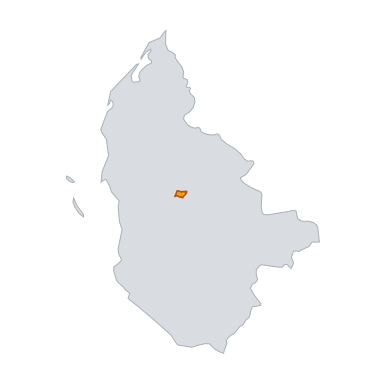 location of Guarizama, Olancho, Honduras, rotated 267°
{"feature_id": "27666195B32639013731604", "entity_name": "Guarizama", "entity_type": "district", "adm_level": 2, "iso_a3": "HND", "parent_name": "Honduras", "parent_adm1": "Olancho", "projection": "equal_earth", "projection_center": [-86.275, 14.906], "detail": "fine", "context": "in_parent", "style": "filled", "palette": "amber", "viewbox_px": 384, "rotation_deg": 267, "n_neighbors": 0, "source": "geoboundaries", "source_scale": "gbopen_adm2", "svg_char_len": 4017}
<svg xmlns="http://www.w3.org/2000/svg" viewBox="0 0 384 384"><g transform="rotate(267 192 192)"><path d="M354.7,174.4L341.2,173.3L334.8,175.5L332.0,180.4L329.7,182.6L327.7,182.1L323.6,184.0L317.5,188.4L312.0,190.0L307.1,188.9L305.7,190.0L305.3,191.4L304.6,192.8L302.7,193.6L300.5,193.2L298.0,191.6L296.7,192.3L296.6,195.1L295.3,195.9L292.8,194.6L290.0,195.6L286.8,199.0L282.4,199.7L276.7,197.8L272.3,194.1L269.2,188.6L265.5,187.3L258.9,191.3L256.2,196.0L255.6,198.9L256.3,201.5L255.1,203.3L252.0,204.1L249.7,207.4L248.2,212.9L247.8,217.2L248.8,220.2L247.3,222.4L243.3,223.8L238.6,228.6L233.2,236.7L227.8,242.4L222.5,245.7L219.9,249.2L220.1,253.2L219.7,254.4L218.7,254.9L217.0,255.4L206.6,246.8L203.6,240.9L201.1,241.8L197.8,244.8L193.2,251.5L188.3,260.7L186.0,261.7L173.7,260.3L167.2,261.1L165.9,262.4L165.3,265.7L165.6,270.2L167.4,286.3L168.4,293.0L167.4,295.0L164.1,295.3L159.8,296.3L157.5,299.3L156.9,302.4L156.7,306.8L155.3,311.3L152.7,314.6L150.1,315.7L135.4,316.6L135.7,309.1L131.5,306.1L129.1,299.9L127.0,295.7L127.7,293.2L127.5,290.2L121.5,287.8L116.0,289.7L112.8,288.5L110.4,286.9L114.5,283.2L114.8,281.0L113.5,279.3L112.1,278.2L112.5,274.1L113.4,269.2L115.7,257.7L114.8,255.6L111.1,252.2L106.4,251.8L101.2,252.9L98.7,251.2L96.5,247.2L92.8,245.3L86.2,248.5L79.3,253.2L77.1,254.9L75.4,254.7L74.6,251.2L74.3,246.9L73.8,245.9L70.1,244.4L65.8,243.3L63.6,242.2L61.5,239.3L56.4,235.6L55.2,232.9L48.3,226.6L46.9,223.5L45.3,221.2L42.0,218.3L39.4,219.0L30.7,215.4L29.3,215.1L30.6,211.9L33.4,207.0L39.4,201.6L39.9,197.2L38.4,188.8L36.8,183.3L37.7,180.9L39.6,171.1L41.1,168.8L49.8,163.8L50.6,163.1L57.5,156.2L65.2,148.5L73.1,140.0L82.0,130.5L86.9,125.0L89.1,122.6L94.2,124.5L98.2,120.0L100.6,118.5L106.0,113.2L107.7,112.0L116.7,109.8L121.1,109.8L124.9,115.3L127.9,118.2L133.7,115.7L138.5,115.1L158.2,120.2L166.1,118.0L180.6,117.5L187.0,118.7L196.2,111.6L202.1,110.1L209.0,106.8L208.1,103.3L206.4,101.8L217.0,103.3L232.7,110.6L249.4,109.2L255.5,105.3L259.3,104.2L276.5,111.7L281.0,117.4L284.6,118.0L287.3,116.7L288.0,115.5L284.6,114.2L283.1,112.4L296.6,116.0L322.2,143.1L322.7,145.3L311.8,137.3L306.0,137.9L304.6,139.2L304.9,143.6L305.4,145.6L307.9,145.9L309.7,144.7L314.2,146.1L317.2,149.0L320.8,153.5L323.0,158.3L325.3,158.4L327.6,155.5L331.9,155.2L334.8,158.4L336.8,158.2L333.9,153.2L327.4,148.1L328.9,147.9L343.5,157.0L347.6,168.3L351.1,170.9L354.7,174.4ZM183.7,76.9L175.4,82.4L172.8,82.3L176.6,78.1L182.8,74.4L188.0,72.6L192.3,73.4L183.7,76.9ZM212.4,71.1L208.4,75.1L207.7,73.3L209.6,69.6L212.0,67.4L214.4,67.6L213.8,69.2L212.4,71.1Z" fill="#d9dde1" stroke="#a8b0b8" stroke-width="1"/><path d="M188.1,174.3L188.3,174.5L188.5,174.8L188.6,175.0L188.6,175.3L188.7,175.5L188.8,175.6L188.8,175.8L188.9,176.0L189.0,176.2L189.0,176.4L189.0,176.5L189.2,176.8L188.6,177.9L188.4,178.0L188.2,178.2L188.2,178.3L188.1,178.5L188.0,178.9L188.0,179.1L187.9,179.3L187.8,179.5L187.7,179.7L187.7,179.8L187.4,179.9L187.4,180.0L187.3,180.3L187.4,180.5L187.4,180.8L187.5,180.7L187.7,180.8L187.8,181.0L187.7,181.0L187.7,180.9L187.5,181.0L187.4,181.1L187.3,181.3L187.2,181.4L187.2,181.5L187.1,181.8L186.9,182.0L186.7,182.3L186.7,182.5L188.2,183.3L189.4,184.9L190.5,185.6L190.8,185.8L191.4,186.5L191.5,186.4L191.8,186.4L192.0,186.3L192.3,186.4L192.5,186.5L192.8,186.7L193.0,186.6L193.0,186.4L193.0,186.2L193.0,185.9L192.9,185.8L192.9,185.7L192.7,185.6L192.5,185.4L192.5,185.2L192.4,185.2L192.3,184.9L192.4,184.7L192.5,184.5L192.6,184.4L192.8,184.3L192.7,184.2L192.8,184.0L192.9,183.7L193.0,183.5L193.0,183.4L193.0,183.2L193.0,182.9L192.9,182.8L192.9,182.7L192.9,182.4L192.9,182.2L192.7,181.9L192.8,181.8L192.8,181.7L192.7,181.7L192.8,181.5L192.8,181.4L192.8,181.2L192.7,181.2L192.8,181.0L192.9,180.9L192.9,180.7L193.0,180.6L193.2,180.4L193.3,180.2L193.3,179.9L193.3,179.7L193.4,179.4L193.4,179.2L193.5,179.0L193.5,178.9L193.4,178.7L193.5,178.6L193.8,178.4L193.9,178.1L194.0,177.9L194.0,177.7L194.0,177.4L193.9,177.4L193.9,177.2L192.6,176.6L191.3,176.1L190.1,175.5L188.1,174.3Z" fill="#f59e0b" stroke="#b45309" stroke-width="1.5"/></g></svg>